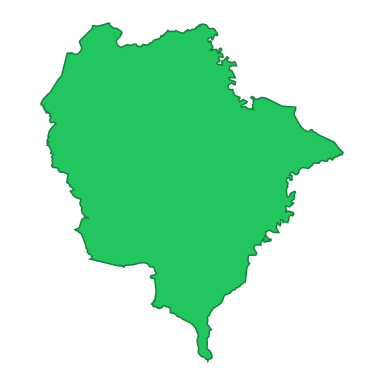 the district of Mueang Khon Kaen, Khon Kaen, Thailand
{"feature_id": "78962969B54788642666507", "entity_name": "Mueang Khon Kaen", "entity_type": "district", "adm_level": 2, "iso_a3": "THA", "parent_name": "Thailand", "parent_adm1": "Khon Kaen", "projection": "albers", "projection_center": [102.826, 16.427], "detail": "fine", "context": "isolated", "style": "filled", "palette": "green", "viewbox_px": 384, "rotation_deg": 0, "n_neighbors": 0, "source": "geoboundaries", "source_scale": "gbopen_adm2", "svg_char_len": 5859}
<svg xmlns="http://www.w3.org/2000/svg" viewBox="0 0 384 384"><path d="M74.9,229.6L75.8,230.6L78.2,231.0L78.7,232.2L81.4,233.6L85.7,245.1L86.1,248.1L87.8,250.2L87.2,252.3L89.3,254.3L90.6,254.3L91.4,255.4L91.2,256.1L92.3,257.0L91.7,258.2L90.0,259.0L115.4,265.2L119.1,266.0L119.7,265.2L121.1,266.1L121.5,265.6L123.6,267.1L124.4,267.1L124.7,265.5L125.5,265.3L133.1,264.8L139.5,263.0L144.2,262.7L147.6,263.6L149.6,266.6L154.0,267.4L155.1,271.7L156.6,273.2L154.4,275.1L151.0,275.6L150.4,277.0L151.3,278.2L154.7,278.7L156.1,291.1L154.9,300.1L153.4,300.8L153.9,302.2L151.9,303.4L151.8,304.3L152.6,304.6L153.4,306.7L156.3,306.6L157.4,307.9L158.8,307.9L159.2,308.6L162.0,307.5L162.4,306.3L163.7,305.7L169.4,307.6L170.4,309.2L170.4,312.7L174.9,313.6L177.7,316.7L181.6,317.9L182.7,319.2L190.1,322.7L193.5,325.4L195.5,328.0L198.1,334.4L198.3,336.9L197.2,339.5L197.1,341.5L198.6,347.8L198.3,352.2L198.9,353.9L201.6,356.6L204.5,357.2L206.2,359.3L207.6,359.6L207.9,361.0L208.6,359.3L211.6,358.4L212.1,357.2L211.0,352.8L209.5,350.5L206.7,348.6L207.4,344.7L206.9,338.8L208.8,336.5L209.6,330.6L211.4,329.8L206.9,323.7L207.8,321.1L207.5,316.6L209.4,315.5L210.2,312.5L213.7,308.1L219.4,304.6L222.1,301.8L224.4,295.3L230.3,292.9L230.2,292.3L231.6,291.6L232.0,290.4L235.3,289.4L236.2,287.8L237.9,287.5L240.5,285.7L240.9,284.5L242.9,283.7L243.6,282.4L245.3,282.0L246.9,267.6L249.6,263.3L248.5,262.6L247.9,260.0L248.5,255.2L255.2,255.2L256.4,254.6L256.6,253.0L253.5,248.0L254.5,245.8L255.6,245.0L260.9,245.0L260.6,243.4L263.2,238.7L264.2,239.0L263.6,240.3L264.1,242.2L266.2,241.8L267.0,240.9L268.8,241.6L270.9,240.7L270.9,239.1L269.0,239.4L267.5,237.0L264.4,236.0L264.5,235.5L265.9,235.2L265.6,232.2L269.1,230.1L273.4,232.3L278.9,232.6L276.1,227.7L277.2,223.1L278.2,222.9L278.7,224.9L280.2,225.7L280.9,223.7L280.5,220.0L281.4,219.5L282.7,220.1L283.0,222.5L285.2,221.4L287.8,222.7L289.0,219.4L288.5,218.0L290.4,215.2L291.3,215.0L292.4,215.9L293.5,214.9L293.7,213.3L292.5,212.2L288.1,211.2L285.7,212.3L285.1,211.6L286.5,210.1L285.6,208.0L285.8,206.2L289.3,206.8L293.4,203.6L293.4,203.0L291.5,202.8L290.9,201.9L294.0,198.9L294.6,197.1L293.9,195.2L295.4,192.6L295.0,191.5L294.0,191.4L290.5,193.5L289.2,196.7L288.0,197.1L287.0,196.3L286.4,190.1L287.0,187.9L287.8,187.1L287.3,185.6L288.1,183.4L287.6,182.2L286.5,182.1L286.3,180.4L287.5,177.7L288.7,177.6L290.3,180.3L291.6,180.3L292.3,179.0L291.5,177.6L292.2,176.0L291.0,175.0L289.6,175.2L290.8,172.7L291.7,172.2L293.2,172.6L295.1,174.6L297.0,174.5L298.7,172.8L299.0,170.2L301.4,167.9L303.8,167.6L308.4,168.5L312.6,165.0L313.6,162.9L318.9,163.3L320.7,160.8L322.7,160.5L324.8,161.3L325.6,160.6L326.6,161.4L327.4,161.0L328.2,159.1L329.7,158.4L332.1,160.0L332.3,158.9L333.1,159.1L333.4,157.9L334.8,157.6L335.4,156.4L337.3,156.8L338.0,155.7L339.5,155.4L339.4,154.6L341.8,154.7L341.5,154.2L342.8,153.6L343.0,152.3L339.0,148.6L334.2,142.1L318.3,134.8L315.9,132.8L312.5,131.4L312.5,130.0L310.7,129.6L309.5,131.3L307.0,131.5L303.0,128.8L300.3,125.8L294.2,115.2L294.3,112.3L294.7,110.9L295.3,110.8L295.8,107.2L282.1,106.2L266.5,98.4L262.1,97.4L256.3,99.4L255.1,99.1L254.3,97.8L252.2,96.5L250.8,97.7L252.4,98.2L252.7,99.2L253.7,99.7L253.2,101.6L253.6,104.0L252.4,104.9L252.9,106.4L252.6,107.6L253.5,109.3L250.5,108.7L248.7,109.2L245.0,106.4L241.5,107.2L241.1,105.5L246.5,103.0L247.1,101.6L243.2,99.5L239.5,101.8L238.4,99.2L239.8,98.4L239.9,97.4L234.8,95.3L232.9,91.5L232.9,89.5L229.1,89.6L228.0,87.0L228.5,85.0L231.4,82.7L234.4,84.7L235.4,84.3L235.5,82.5L234.9,81.6L230.2,79.9L228.7,78.1L229.5,77.6L235.3,77.8L231.8,70.6L229.5,70.1L229.1,69.0L229.6,66.8L231.9,65.6L236.5,65.9L235.4,62.5L234.4,61.6L232.1,62.7L227.7,61.4L227.2,60.0L228.4,57.7L227.0,56.8L223.4,60.7L221.6,61.3L222.5,65.2L217.7,64.3L217.0,63.6L217.3,62.5L219.5,61.4L220.0,60.4L218.5,58.1L218.6,57.2L220.5,56.6L222.5,57.5L223.2,56.9L222.4,54.1L220.1,52.7L220.4,51.5L221.7,50.1L221.5,48.9L220.5,48.1L219.6,48.8L218.8,50.7L219.1,53.0L218.6,53.6L216.9,52.2L217.1,50.2L216.5,49.6L214.2,49.4L211.1,50.6L209.9,50.0L212.4,48.5L212.9,46.9L210.9,43.8L211.5,41.5L210.2,40.9L209.2,42.0L208.5,41.8L207.9,40.5L208.1,38.7L211.1,37.0L212.0,39.3L212.8,39.7L214.5,35.1L215.4,34.8L216.9,35.7L217.6,34.9L217.4,33.6L214.5,29.1L212.8,28.4L209.9,28.8L208.5,27.9L206.4,25.0L202.9,24.0L200.1,24.7L200.2,25.9L199.4,25.5L199.7,26.5L199.1,25.9L196.4,27.0L195.9,28.3L194.1,29.4L192.1,29.4L190.0,30.8L187.8,29.6L186.5,31.0L185.4,31.1L184.3,32.8L181.5,33.1L175.6,30.5L174.0,31.6L171.1,31.2L170.1,31.9L167.9,30.4L164.7,34.1L163.5,34.6L163.2,35.8L160.8,35.9L160.6,37.4L159.5,38.6L153.8,40.2L151.7,42.8L150.4,42.7L147.7,45.1L142.7,44.5L141.2,46.8L137.5,46.1L135.8,44.1L134.0,44.1L130.0,45.6L127.8,44.5L120.9,47.4L118.8,46.3L117.0,44.2L116.2,40.4L120.1,36.6L121.9,33.1L121.4,31.5L116.9,28.5L113.1,27.9L110.0,25.1L109.3,23.0L97.7,26.3L92.6,25.7L92.6,27.4L91.6,29.0L79.7,41.0L79.4,41.9L81.6,47.3L81.4,49.7L78.4,53.8L74.4,54.4L72.2,52.9L70.4,52.8L70.2,53.6L67.3,53.0L61.5,76.0L58.2,79.6L49.6,93.3L48.3,93.8L43.0,99.5L41.0,103.3L41.3,105.1L42.7,105.2L43.2,106.6L44.1,106.9L43.6,107.7L45.1,110.7L46.1,111.3L46.0,112.6L46.8,112.1L47.3,112.8L48.1,112.2L48.4,113.2L50.3,113.9L49.7,115.8L50.4,116.0L50.1,116.8L51.0,117.5L49.6,120.1L50.7,122.7L53.8,121.9L56.1,123.6L54.4,124.6L54.1,125.7L52.0,127.4L49.1,131.5L48.0,136.4L49.1,136.8L47.8,138.6L47.1,141.5L48.9,141.9L47.1,143.2L47.8,143.9L47.2,145.3L48.7,145.5L51.5,151.1L50.6,153.1L52.6,153.9L52.7,155.0L51.6,157.1L52.7,158.5L52.0,160.4L52.6,162.7L51.7,165.3L52.4,165.5L52.0,166.7L53.2,167.5L56.7,167.7L58.7,169.0L58.3,170.7L60.3,172.2L63.6,172.3L68.1,174.2L66.9,181.3L67.6,182.0L66.9,182.5L69.5,184.4L69.8,186.1L73.0,188.4L73.9,189.9L70.3,191.1L73.6,195.8L77.2,198.1L81.1,199.2L79.9,202.9L80.4,205.6L81.9,207.4L81.5,210.7L82.6,213.9L83.6,214.0L84.5,216.3L88.3,218.2L88.1,218.7L85.0,217.5L81.9,219.3L79.1,227.9L74.9,229.6Z" fill="#22c55e" stroke="#15803d" stroke-width="1.5"/></svg>